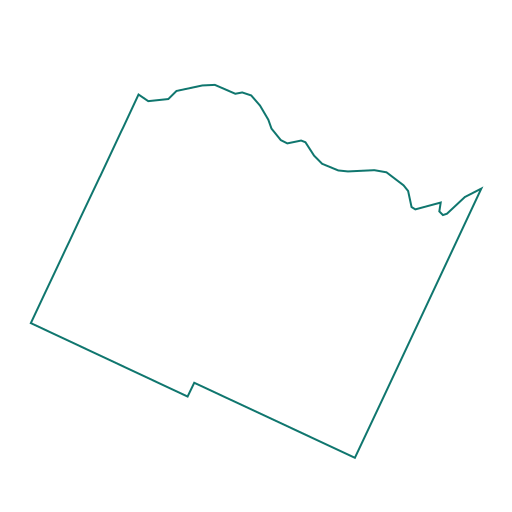 Emmons, North Dakota, United States of America, rotated 115°
{"feature_id": "52423323B40885711739246", "entity_name": "Emmons", "entity_type": "district", "adm_level": 2, "iso_a3": "USA", "parent_name": "United States of America", "parent_adm1": "North Dakota", "projection": "natural_earth1", "projection_center": [-100.392, 46.288], "detail": "fine", "context": "isolated", "style": "outline", "palette": "teal", "viewbox_px": 512, "rotation_deg": 115, "n_neighbors": 0, "source": "geoboundaries", "source_scale": "gbopen_adm2", "svg_char_len": 868}
<svg xmlns="http://www.w3.org/2000/svg" viewBox="0 0 512 512"><g transform="rotate(115 256 256)"><path d="M331.1,80.8L99.7,80.3L114.2,91.6L137.0,100.8L139.9,103.9L138.1,108.7L129.5,111.2L146.4,131.3L145.9,135.7L132.8,145.6L129.6,152.1L125.0,173.1L128.2,185.0L140.5,208.4L143.7,217.6L144.5,235.0L140.5,245.8L132.0,259.3L132.3,263.9L140.7,275.2L140.5,282.5L134.0,295.8L127.3,302.4L118.0,315.9L112.5,328.2L113.6,337.6L117.7,343.3L118.3,365.6L124.1,376.7L140.0,397.8L150.8,401.8L161.2,419.1L159.3,430.7L164.3,430.7L178.9,430.7L191.8,430.7L194.3,430.7L196.0,430.7L199.9,430.8L246.4,430.9L249.9,430.9L250.4,431.0L253.8,431.0L254.1,431.0L295.7,431.3L303.2,431.3L307.4,431.3L319.9,431.3L320.7,431.3L330.4,431.4L336.4,431.4L361.9,431.5L377.7,431.6L411.9,431.7L412.0,431.7L412.3,258.6L397.0,258.4L397.1,81.1L331.1,80.8Z" fill="none" stroke="#0f766e" stroke-width="2"/></g></svg>